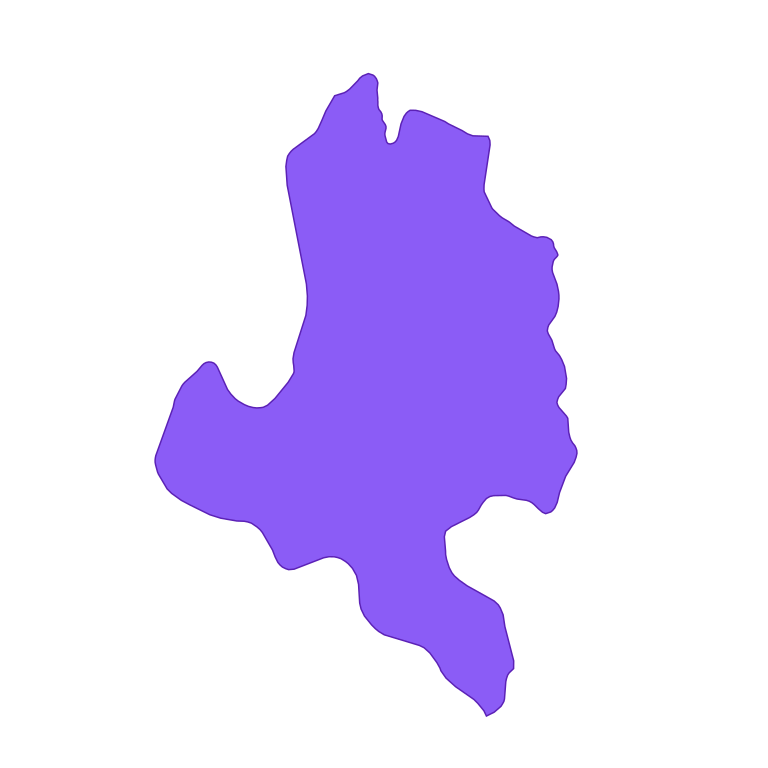 the border of San Martín, rotated 194°
{"feature_id": "PER-582", "entity_name": "San Martín", "entity_type": "Department", "adm_level": 1, "iso_a3": "PER", "parent_name": "Peru", "parent_adm1": "", "projection": "orthographic", "projection_center": [-76.762, -7.06], "detail": "fine", "context": "isolated", "style": "filled", "palette": "violet", "viewbox_px": 768, "rotation_deg": 194, "n_neighbors": 0, "source": "natural_earth", "source_scale": "10m", "svg_char_len": 3608}
<svg xmlns="http://www.w3.org/2000/svg" viewBox="0 0 768 768"><g transform="rotate(194 384 384)"><path d="M204.3,86.6L208.0,91.1L215.8,96.9L220.5,99.7L241.3,107.6L252.6,113.6L259.4,119.5L260.9,121.8L265.2,126.4L274.4,134.1L281.3,137.8L286.4,138.9L323.1,140.7L329.2,142.6L333.2,144.5L337.8,147.3L346.8,154.1L351.8,160.1L354.6,165.6L360.2,183.4L364.4,191.6L370.0,197.5L375.2,201.0L378.5,202.5L383.4,204.1L387.0,204.4L390.4,204.3L395.6,203.1L400.5,200.8L426.4,182.6L431.6,180.8L434.6,181.0L438.3,181.8L441.2,183.3L443.8,185.2L447.8,189.9L452.0,195.9L466.0,210.4L469.0,212.7L472.7,214.6L479.0,216.9L482.9,217.2L486.5,217.0L493.6,215.5L509.8,214.3L521.3,215.0L543.0,219.7L552.6,222.1L563.6,226.5L569.0,229.7L581.1,242.0L582.5,243.9L586.0,250.2L587.1,252.6L587.7,254.9L588.0,257.1L588.1,259.3L582.9,310.4L583.2,317.0L583.1,318.7L579.7,333.1L578.9,335.2L577.7,337.5L568.5,351.0L565.0,358.1L563.6,360.2L561.8,361.8L559.3,363.0L556.7,363.4L554.1,363.1L551.8,361.9L549.8,360.1L534.5,340.8L530.1,337.1L524.8,333.7L521.2,332.1L514.5,330.2L510.1,329.5L505.3,329.5L501.6,330.0L497.9,331.2L495.5,332.2L491.9,335.2L486.3,343.6L477.4,362.5L474.4,372.1L474.2,373.6L474.4,375.0L476.0,379.9L477.2,382.7L478.4,386.5L478.9,392.7L476.4,431.7L477.6,441.8L479.6,450.8L483.5,462.3L526.0,553.4L531.8,571.3L532.5,577.4L532.6,581.8L531.6,584.8L530.4,587.4L528.8,589.9L512.0,610.1L510.7,612.8L509.6,616.2L508.0,625.1L506.5,634.8L501.6,651.8L493.0,657.0L491.2,658.7L488.7,661.8L482.8,671.9L481.5,674.9L479.3,677.8L474.3,681.4L469.5,681.1L467.6,680.3L465.3,678.4L463.9,676.5L462.8,674.6L461.9,667.5L459.2,659.9L458.8,658.0L458.2,656.3L457.4,652.9L456.5,651.0L455.4,649.2L452.9,647.3L451.4,645.5L450.6,643.7L450.0,640.7L449.6,639.8L449.2,639.3L445.5,636.0L444.4,634.4L443.9,632.5L443.9,628.6L443.7,626.8L443.0,625.0L439.9,619.4L438.4,618.3L436.1,618.3L433.2,619.9L431.7,621.6L430.7,623.6L430.0,627.6L430.4,640.5L429.3,648.5L427.8,652.3L426.5,654.2L424.9,655.9L419.5,657.2L413.0,657.4L388.5,653.4L384.4,652.0L369.5,648.8L363.5,646.9L357.8,646.3L343.0,649.5L340.3,646.0L339.7,644.3L338.9,641.6L335.1,601.5L334.2,597.4L333.3,594.7L322.0,581.0L320.7,579.9L312.8,575.3L309.4,573.8L301.7,571.5L295.7,568.7L276.9,563.3L274.3,563.0L270.7,563.0L267.4,564.7L264.9,565.4L261.4,565.7L256.7,564.5L254.6,562.8L253.4,560.9L252.8,559.1L251.8,557.4L248.5,554.2L247.4,552.7L246.6,551.5L246.5,550.9L246.7,550.2L247.3,548.9L248.7,546.5L249.1,545.5L249.4,543.8L249.2,538.2L248.6,535.7L247.4,533.0L240.3,522.7L237.1,516.1L235.8,512.6L234.8,508.8L233.8,501.4L233.8,495.5L234.5,491.0L238.4,481.2L238.7,478.5L238.4,475.0L236.7,472.4L231.7,467.1L227.1,459.5L225.6,457.7L220.7,454.1L217.5,450.7L213.1,444.7L208.2,433.5L207.2,427.7L206.9,423.5L211.4,413.9L211.8,411.3L211.8,408.0L210.4,405.6L208.5,403.5L199.2,397.0L197.4,395.2L193.1,381.9L190.8,377.4L189.1,374.8L186.7,372.4L183.8,370.2L182.4,368.5L180.9,366.2L180.0,363.4L179.9,359.5L180.5,353.9L185.4,338.4L187.4,321.2L187.3,311.0L188.4,305.0L189.8,302.1L191.2,300.2L195.8,297.3L199.2,297.9L204.0,300.3L209.2,303.4L211.8,304.6L214.7,305.4L217.7,305.6L227.1,304.6L230.8,304.8L235.8,305.4L238.7,305.4L250.6,302.2L254.0,300.5L256.9,297.7L259.1,293.3L260.4,290.0L261.9,284.5L263.0,281.8L265.2,278.8L268.6,275.2L284.1,261.9L288.6,256.1L288.5,250.4L283.9,236.9L282.9,233.3L280.8,228.8L276.3,221.6L272.5,217.3L269.3,214.8L263.5,211.8L254.3,208.2L231.8,202.1L224.6,200.1L219.7,197.4L217.0,194.8L212.6,188.9L208.0,177.8L191.2,146.8L189.4,139.2L192.7,134.0L193.6,131.5L193.9,127.7L193.8,124.6L190.9,107.5L190.9,105.0L191.5,102.7L192.5,99.6L197.6,92.3L204.3,86.6Z" fill="#8b5cf6" stroke="#5b21b6" stroke-width="1.5"/></g></svg>